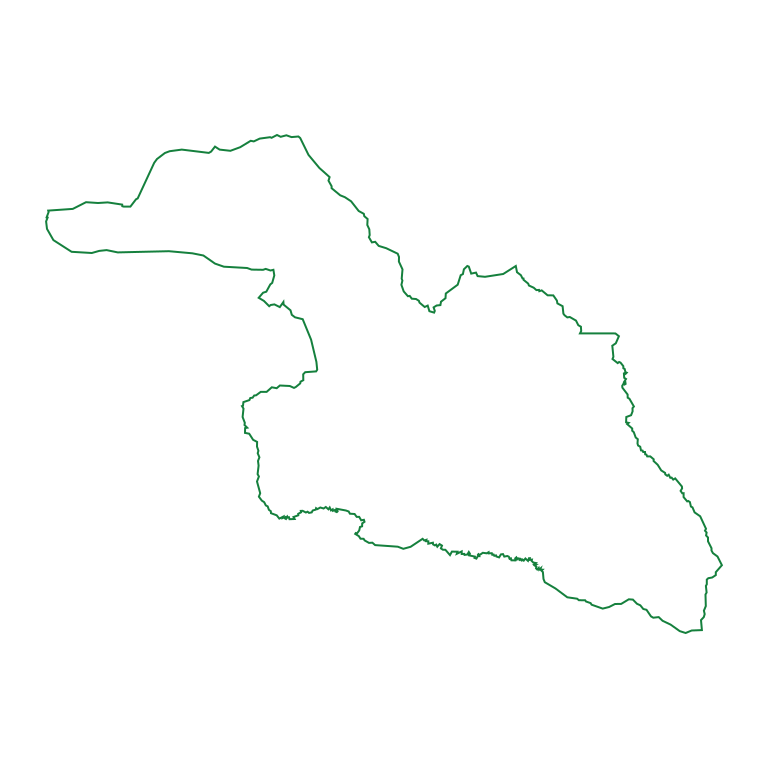 Kishapu, Shinyanga, United Republic of Tanzania (Mercator projection)
{"feature_id": "72390352B32869277898143", "entity_name": "Kishapu", "entity_type": "district", "adm_level": 2, "iso_a3": "TZA", "parent_name": "United Republic of Tanzania", "parent_adm1": "Shinyanga", "projection": "mercator", "projection_center": [33.788, -3.68], "detail": "fine", "context": "isolated", "style": "outline", "palette": "green", "viewbox_px": 768, "rotation_deg": 0, "n_neighbors": 0, "source": "geoboundaries", "source_scale": "gbopen_adm2", "svg_char_len": 6089}
<svg xmlns="http://www.w3.org/2000/svg" viewBox="0 0 768 768"><path d="M46.1,221.4L47.0,228.9L53.4,240.1L71.6,251.8L91.8,253.0L99.2,250.9L106.6,250.1L117.7,252.4L168.9,251.2L192.3,253.3L203.4,255.5L215.0,263.6L223.9,266.7L247.1,268.0L251.6,269.6L263.1,269.8L265.7,268.9L270.5,270.5L273.4,269.8L274.3,275.4L272.2,282.9L270.3,284.4L266.3,291.7L263.1,292.7L258.7,297.8L263.9,300.9L269.2,306.2L270.7,305.0L274.4,304.4L279.8,307.1L283.4,302.0L283.6,304.6L290.5,310.3L291.8,314.8L295.0,317.3L302.7,319.2L311.1,339.7L316.4,361.9L317.2,369.7L316.1,371.4L305.2,372.2L303.2,374.3L303.3,380.2L300.5,381.7L300.2,383.4L295.8,387.0L294.0,387.9L289.8,386.0L279.9,385.5L276.7,388.2L271.8,387.3L266.6,391.9L260.7,391.9L256.1,395.3L254.2,395.5L252.6,397.7L250.3,398.0L249.4,400.1L243.4,402.1L243.0,405.7L242.0,406.1L243.5,408.6L242.6,417.0L244.8,422.8L244.5,425.0L247.2,427.7L245.1,428.1L245.0,432.9L249.2,433.7L253.1,439.8L257.1,441.9L257.0,446.6L258.4,450.8L257.7,453.2L259.4,457.3L258.0,461.0L258.6,465.6L257.6,474.1L258.9,476.5L257.0,481.5L260.2,493.2L258.9,496.7L261.8,500.6L264.2,502.2L265.8,505.4L267.7,506.4L268.9,509.8L270.8,511.2L271.0,513.2L276.7,515.3L279.3,518.6L283.3,516.6L282.8,518.0L285.3,517.1L285.1,518.5L286.0,519.0L287.3,516.8L287.6,517.6L288.9,517.2L289.5,519.2L294.6,519.0L293.5,517.0L298.3,515.3L298.2,513.8L301.1,512.3L300.8,510.9L302.6,510.8L305.9,512.5L307.6,511.7L309.0,512.9L311.7,512.4L312.7,510.5L315.8,509.6L316.1,508.2L317.4,509.1L320.3,507.5L323.6,508.5L325.8,507.0L328.4,509.3L329.7,507.5L331.0,510.4L332.7,509.3L333.0,510.8L335.1,509.9L335.4,511.5L336.8,512.1L337.6,511.4L336.8,508.8L345.9,510.5L348.7,511.5L349.9,513.7L354.6,514.0L356.7,516.9L359.2,516.9L361.2,520.3L363.9,519.8L364.5,521.8L362.2,523.4L362.1,526.3L360.0,527.0L359.2,530.5L357.0,533.4L355.8,533.0L355.2,533.9L358.8,536.1L360.5,538.7L363.6,538.8L364.6,540.4L369.0,542.9L372.4,542.7L375.1,545.1L397.8,546.7L403.3,548.8L410.6,546.8L422.6,538.8L424.3,540.5L426.4,539.8L426.1,541.2L428.3,541.3L428.3,543.7L432.9,542.7L433.1,544.4L434.9,545.4L436.2,544.6L437.3,546.7L439.6,544.1L442.0,545.6L440.9,548.4L442.8,549.7L445.4,549.8L450.0,555.1L451.9,551.6L457.5,551.7L456.8,553.8L461.7,551.4L461.7,554.0L464.2,553.9L464.5,554.9L467.4,554.5L468.8,552.0L469.9,553.7L469.2,555.4L474.9,556.6L474.5,557.9L476.4,558.6L477.8,556.1L479.0,556.1L478.0,554.7L478.5,554.1L479.6,555.0L482.8,552.8L486.7,553.3L488.6,552.2L488.7,553.4L491.8,553.2L492.3,554.8L493.6,554.5L494.3,555.8L496.0,555.4L496.4,556.5L499.1,557.4L500.9,554.4L503.0,554.1L504.3,556.6L507.3,556.0L508.8,556.7L509.7,558.3L508.9,559.2L510.9,558.4L511.4,560.3L515.3,560.4L515.2,558.4L516.3,557.4L517.1,559.3L518.0,558.3L519.7,558.7L519.1,560.5L520.6,559.1L521.4,560.3L522.7,558.8L522.4,560.2L523.7,560.7L525.4,558.5L528.0,560.9L529.0,558.2L529.9,558.2L529.6,559.9L531.9,559.6L531.6,560.8L533.2,562.5L535.8,563.0L534.3,564.3L536.1,564.6L534.7,565.5L536.4,566.7L536.0,568.3L537.2,569.5L538.7,567.9L539.1,569.7L540.6,568.4L540.2,569.6L542.5,569.7L541.5,570.7L542.9,572.1L543.5,579.0L544.8,582.2L555.5,588.5L567.3,597.3L577.1,598.7L578.9,600.2L585.2,600.3L586.0,601.5L590.6,603.1L591.6,604.7L602.7,608.6L609.1,607.0L615.0,604.0L621.2,603.9L628.8,599.3L632.9,599.6L637.0,603.8L640.3,605.3L643.3,609.0L646.5,609.8L651.0,616.4L653.3,617.7L658.7,617.1L662.6,620.8L670.6,624.6L679.7,631.1L685.6,633.0L691.7,630.5L701.9,630.1L701.0,620.1L703.8,617.1L704.7,614.1L703.9,610.7L705.8,606.1L705.5,594.5L706.6,592.5L705.9,585.9L706.8,584.3L706.8,579.6L708.3,578.2L712.2,577.5L715.8,575.1L715.8,572.2L721.9,565.2L717.5,556.5L712.9,553.1L711.5,550.5L711.5,548.2L708.0,541.3L708.0,537.5L706.1,535.5L706.6,532.5L705.0,530.7L706.0,528.8L700.2,516.3L694.6,512.4L692.5,507.4L690.9,506.5L689.9,502.1L688.3,501.0L687.2,501.4L683.6,497.1L683.6,493.2L682.3,493.3L680.6,490.9L682.1,488.4L681.9,486.5L675.2,478.4L673.2,479.6L671.6,477.6L670.3,477.8L668.7,474.7L667.2,475.8L665.3,474.4L665.1,472.9L661.2,470.4L657.7,464.8L653.6,461.0L653.7,459.3L650.3,456.4L647.2,456.4L646.4,454.6L645.2,454.3L645.0,452.0L643.2,452.0L642.6,450.6L641.0,450.4L640.2,446.7L638.1,445.5L637.5,443.5L637.8,439.2L635.7,437.5L633.8,432.2L632.2,430.7L632.2,428.5L627.2,424.1L628.6,422.9L626.1,422.3L626.3,417.0L631.1,415.2L632.6,411.3L632.5,408.2L633.9,406.5L629.4,398.7L627.7,397.7L627.6,394.5L622.4,387.7L622.2,385.9L623.7,383.3L624.6,384.5L625.6,383.9L625.3,381.8L624.3,381.6L626.0,379.0L624.2,377.8L623.9,373.4L624.9,372.9L625.6,373.8L626.7,372.7L625.4,372.1L624.7,369.0L623.4,368.3L623.3,366.1L620.5,362.6L619.1,362.0L617.7,363.1L612.5,359.0L613.4,356.8L612.3,345.7L615.8,343.3L618.9,336.2L615.5,333.5L613.5,333.4L580.0,333.4L581.2,331.0L580.9,326.7L578.3,325.2L576.0,320.6L569.8,317.0L567.3,317.4L564.6,315.3L563.4,313.7L562.6,306.2L557.4,303.4L556.9,300.6L553.3,295.4L547.6,295.3L541.7,290.4L539.3,291.2L539.0,289.9L536.4,290.1L533.7,287.7L528.9,285.5L528.2,283.6L523.6,279.9L523.5,278.5L522.5,278.4L520.9,275.2L517.0,272.2L515.8,266.0L503.2,274.0L485.0,276.8L477.6,276.1L476.0,272.6L471.2,273.6L468.8,266.6L467.3,266.0L463.9,269.3L462.9,274.1L460.7,275.2L457.7,284.7L445.8,293.5L445.5,298.2L441.0,301.7L440.4,305.1L436.6,305.5L433.6,307.4L434.8,310.9L434.1,312.6L429.4,311.2L427.7,305.6L424.7,307.0L419.5,302.6L418.9,300.8L416.0,299.0L411.8,298.7L409.7,295.9L407.9,296.2L403.7,291.4L401.4,284.8L402.4,280.6L401.7,278.7L402.5,269.4L398.9,261.6L399.0,257.0L397.7,253.7L386.2,248.2L378.7,245.9L375.2,241.8L371.9,242.4L368.9,237.2L369.7,235.1L369.3,229.3L367.3,225.0L367.6,219.0L364.3,216.2L363.8,213.8L358.7,211.0L351.1,201.3L344.9,197.2L340.2,195.3L331.6,188.2L331.6,186.2L328.5,180.7L329.6,177.1L319.4,168.0L308.5,154.9L300.2,138.0L298.4,136.5L291.5,137.1L286.4,135.3L280.7,136.8L277.0,135.0L271.6,137.8L270.1,137.2L259.7,138.6L253.8,141.4L250.7,140.8L240.2,147.2L230.4,150.8L219.6,149.6L215.0,146.6L211.1,151.6L208.8,152.9L181.8,149.6L169.7,151.2L164.9,153.0L157.0,159.0L154.2,162.8L137.7,198.4L136.0,199.3L130.4,206.6L123.7,206.6L122.3,206.2L122.2,204.6L107.7,202.4L98.0,203.0L86.0,202.2L72.8,208.9L48.2,210.6L48.6,212.1L46.6,217.4L47.6,217.6L46.1,221.4Z" fill="none" stroke="#15803d" stroke-width="2"/></svg>